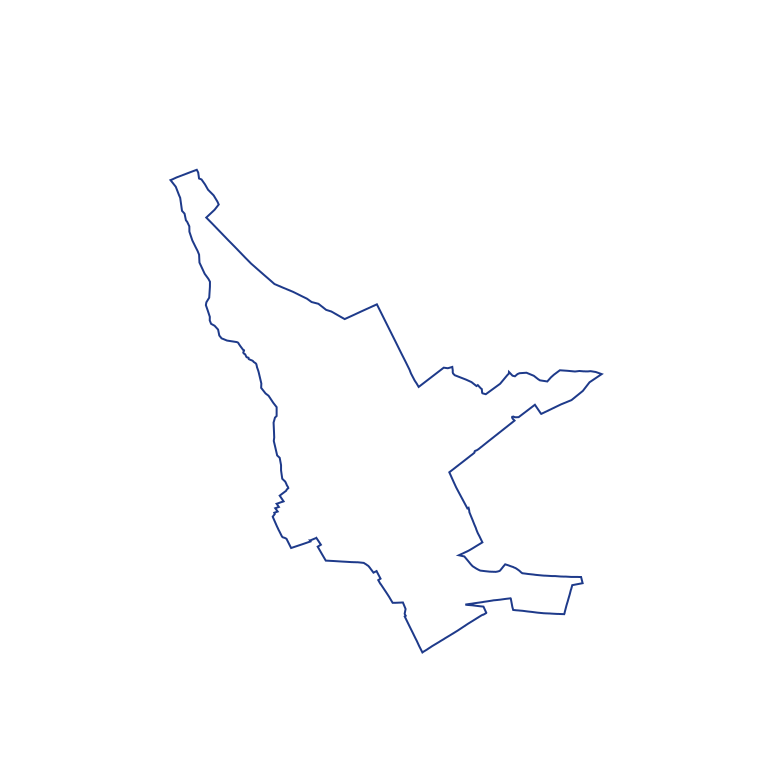 outline of Chicoloapan, México, Mexico, rotated 231°
{"feature_id": "50627088B10015093996053", "entity_name": "Chicoloapan", "entity_type": "district", "adm_level": 2, "iso_a3": "MEX", "parent_name": "Mexico", "parent_adm1": "México", "projection": "albers", "projection_center": [-98.886, 19.397], "detail": "fine", "context": "isolated", "style": "outline", "palette": "blue", "viewbox_px": 768, "rotation_deg": 231, "n_neighbors": 0, "source": "geoboundaries", "source_scale": "gbopen_adm2", "svg_char_len": 5819}
<svg xmlns="http://www.w3.org/2000/svg" viewBox="0 0 768 768"><g transform="rotate(231 384 384)"><path d="M676.8,346.4L668.3,346.3L659.6,343.5L657.0,342.8L649.5,338.3L645.7,336.0L641.9,336.2L635.9,333.1L633.9,333.1L629.0,331.9L624.8,328.6L618.1,326.1L616.2,325.4L608.7,323.7L604.9,322.9L600.9,321.7L594.5,317.0L582.5,314.0L576.3,313.7L573.0,313.1L569.1,309.9L561.1,302.5L559.3,297.4L557.4,295.2L552.4,293.4L545.8,290.9L543.1,288.6L539.6,287.5L535.9,289.0L530.7,289.3L525.3,286.5L521.7,286.5L519.2,287.9L516.6,289.3L509.3,295.9L508.3,296.5L507.6,296.6L506.3,296.4L504.0,296.2L501.4,296.1L499.0,296.0L498.8,296.3L498.6,296.4L498.4,296.4L498.2,296.4L498.0,296.2L497.1,294.5L496.9,294.4L496.6,294.3L496.3,294.3L495.8,294.3L495.7,294.3L494.4,294.8L492.5,294.3L491.3,294.1L489.7,295.2L488.8,294.7L488.6,294.6L488.4,294.6L487.0,295.3L486.1,295.8L485.2,296.3L484.7,296.5L484.3,296.6L484.1,296.6L483.1,296.6L482.9,296.7L480.9,297.3L480.4,297.3L479.9,297.3L479.4,297.1L478.4,296.6L477.7,296.3L477.1,295.9L475.6,295.4L474.8,295.1L473.4,294.6L471.8,293.9L461.6,289.0L458.3,286.1L451.2,286.0L447.5,286.9L439.1,286.1L433.6,286.0L432.1,284.8L426.7,280.4L426.5,278.1L425.2,276.3L423.5,273.9L415.5,268.0L411.5,265.0L409.1,262.5L404.1,260.1L395.7,256.0L392.3,256.5L385.7,252.9L381.6,249.6L374.4,245.3L370.2,245.8L368.1,245.3L366.5,244.8L364.2,244.5L363.3,244.1L363.2,242.0L362.6,240.8L362.9,232.7L360.7,232.5L356.0,232.1L358.5,225.2L358.1,225.2L355.7,225.0L354.6,224.9L355.9,221.3L351.8,221.1L353.0,217.7L351.7,217.3L350.9,214.0L340.7,211.2L339.4,210.9L338.1,210.6L337.2,210.3L336.4,210.2L329.6,208.7L328.5,208.9L326.9,210.0L325.1,210.8L315.0,208.6L310.7,220.1L307.9,227.8L309.0,228.0L308.9,228.1L307.0,234.4L307.0,234.6L306.0,234.5L298.8,233.8L299.3,230.1L291.3,228.8L283.4,227.6L277.9,233.7L272.1,240.0L272.2,239.9L268.2,244.3L265.9,246.8L261.7,251.7L257.7,255.7L256.7,256.0L255.6,256.4L254.4,256.8L253.7,256.9L253.2,257.1L252.7,257.3L251.4,257.4L250.7,257.3L250.4,257.4L249.3,257.3L244.0,257.1L243.3,260.5L242.0,260.2L234.9,258.8L235.2,256.1L231.0,255.4L230.7,255.5L219.8,254.5L215.1,254.0L214.6,253.9L208.5,253.0L207.2,254.6L202.3,261.2L195.6,259.2L195.4,259.0L193.4,256.6L192.9,256.0L192.6,255.6L192.0,255.3L190.9,255.1L190.2,255.0L190.3,253.8L180.7,251.6L177.6,250.9L173.1,249.9L167.0,248.5L163.7,247.8L158.2,246.4L153.0,245.3L151.2,244.9L151.1,246.4L150.6,250.0L150.4,252.4L150.2,254.1L150.0,256.4L149.0,263.4L148.8,264.8L148.7,265.9L148.1,270.0L148.0,271.2L147.4,275.4L146.0,286.0L144.8,298.5L142.9,313.7L142.6,315.3L142.5,315.6L142.3,315.8L142.2,316.0L141.7,319.3L141.8,319.5L142.6,319.7L148.4,321.2L148.6,321.0L151.1,318.5L154.1,315.6L156.4,313.4L160.1,309.5L161.4,308.4L159.2,312.1L157.9,314.2L156.9,316.0L152.5,323.3L152.0,324.3L149.9,327.8L147.3,332.3L147.2,332.6L145.2,335.6L143.2,338.7L140.5,343.2L137.8,347.5L137.5,347.5L134.3,345.8L129.9,343.4L127.1,342.2L124.9,344.4L123.2,346.2L122.7,346.7L120.5,349.0L116.8,352.5L116.1,353.2L113.8,355.5L109.8,359.3L105.3,363.9L102.9,366.6L102.3,367.3L101.7,368.0L100.7,369.1L100.3,369.5L96.4,373.8L95.7,374.7L95.4,375.0L93.9,376.7L92.6,378.2L91.2,379.8L91.8,379.5L92.9,380.8L97.1,386.5L98.2,388.1L99.2,389.6L100.9,392.0L102.7,394.6L103.6,395.9L106.5,399.8L106.8,400.4L109.2,403.7L104.2,413.0L110.0,415.7L114.2,410.6L115.6,408.9L116.5,407.8L119.8,404.2L120.4,403.5L122.7,400.7L126.1,397.1L126.6,396.6L127.3,395.8L129.1,393.6L132.5,389.9L134.7,387.4L138.9,383.1L140.5,381.5L141.9,380.2L142.9,379.2L145.6,376.5L147.2,375.0L149.9,372.4L151.4,372.0L153.7,371.7L154.0,371.6L155.9,371.1L158.1,370.4L159.9,369.4L160.3,369.3L162.8,367.7L164.7,366.6L167.6,364.7L167.3,363.1L167.0,361.5L166.8,360.7L166.3,358.4L166.0,356.9L166.0,356.1L166.8,354.2L167.7,352.6L171.6,348.1L174.5,345.2L178.4,341.4L180.0,340.6L182.4,339.6L185.1,338.7L186.6,338.2L187.9,338.1L189.4,338.0L190.0,338.0L193.3,338.0L199.4,337.9L203.8,334.4L201.2,344.9L201.1,345.7L201.0,346.2L200.5,349.6L200.0,353.5L199.8,355.0L199.0,360.8L205.8,362.4L207.9,362.8L209.3,363.1L211.3,363.7L213.2,364.3L213.8,364.6L216.2,365.3L218.0,365.8L223.4,367.5L223.8,367.6L230.1,369.5L230.7,369.7L231.7,370.4L232.5,370.8L233.0,371.1L234.6,371.8L234.8,370.5L252.1,373.8L258.2,375.0L264.1,376.5L274.3,379.2L273.8,404.0L273.8,406.2L273.7,408.0L273.7,410.9L274.0,411.5L274.6,412.0L274.7,412.5L274.6,413.1L274.2,414.0L274.1,414.6L273.9,416.3L273.8,429.2L273.4,462.4L275.9,462.2L276.8,462.3L277.4,462.5L277.8,463.0L277.2,464.1L276.1,464.6L275.3,465.4L274.2,466.8L273.5,467.8L272.9,488.2L262.0,487.3L261.8,487.4L256.8,508.6L253.5,519.6L253.5,534.2L256.0,544.8L254.7,559.4L260.1,556.1L264.0,552.6L265.6,550.2L268.3,547.0L271.1,544.1L273.5,540.3L278.6,535.1L284.0,529.3L284.3,521.9L284.1,517.9L283.2,512.5L288.7,507.5L290.8,506.8L296.1,505.6L303.1,501.8L307.1,496.1L307.7,494.0L307.6,490.6L309.6,489.1L314.7,488.7L313.5,487.5L313.3,485.5L311.1,474.4L312.0,456.7L314.5,454.9L314.8,454.7L315.1,454.7L315.5,454.8L317.9,456.4L318.5,456.8L319.7,456.5L322.5,456.3L324.1,456.2L324.2,454.6L330.4,453.2L335.8,450.5L342.8,446.5L346.3,444.5L348.7,444.3L349.9,444.8L351.3,446.0L354.3,447.8L355.9,443.9L356.3,443.3L359.1,440.7L359.9,409.1L363.9,409.7L367.3,410.0L369.3,410.4L372.3,411.0L373.7,411.3L374.8,411.5L376.2,411.9L377.7,412.4L378.9,412.8L387.8,414.8L396.7,416.7L409.6,419.6L417.8,421.4L425.9,423.2L434.1,425.0L442.2,426.8L450.4,428.6L454.8,411.6L456.9,403.2L459.2,394.3L464.0,392.4L473.5,388.7L478.0,385.7L487.6,383.5L493.3,379.3L498.8,377.8L503.5,375.6L512.9,371.3L522.3,366.2L530.6,361.8L539.3,360.3L543.7,359.5L552.4,358.0L561.2,356.5L569.2,355.7L577.2,355.0L585.2,354.3L593.2,353.5L601.2,352.8L609.2,352.1L617.2,351.4L625.2,350.6L626.0,361.9L627.5,368.5L630.5,369.3L637.8,370.3L645.7,369.5L651.8,370.5L657.8,370.9L660.1,369.6L665.3,372.7L668.3,373.3L670.4,367.1L675.1,352.7L676.1,348.7L676.8,346.4Z" fill="none" stroke="#1e3a8a" stroke-width="2"/></g></svg>